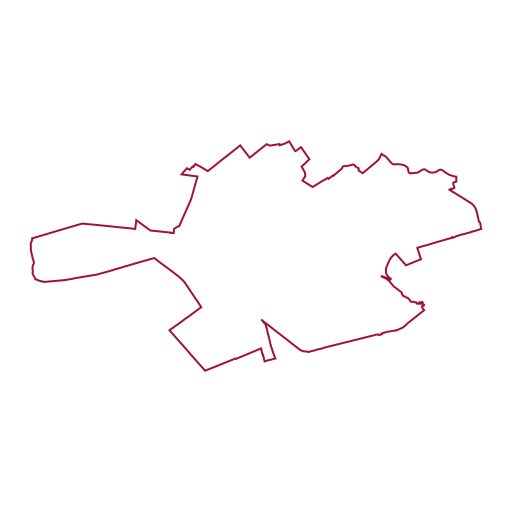 Ploiesti, Prahova, Romania
{"feature_id": "2599482B50570705182047", "entity_name": "Ploiesti", "entity_type": "district", "adm_level": 2, "iso_a3": "ROU", "parent_name": "Romania", "parent_adm1": "Prahova", "projection": "equal_earth", "projection_center": [26.026, 44.932], "detail": "fine", "context": "isolated", "style": "outline", "palette": "rose", "viewbox_px": 512, "rotation_deg": 0, "n_neighbors": 0, "source": "geoboundaries", "source_scale": "gbopen_adm2", "svg_char_len": 5850}
<svg xmlns="http://www.w3.org/2000/svg" viewBox="0 0 512 512"><path d="M205.1,370.7L235.5,358.5L235.8,359.0L261.1,348.4L261.5,350.2L261.7,350.9L261.6,351.3L262.8,355.1L263.1,355.0L264.6,361.4L268.0,360.3L269.8,359.9L270.6,359.8L274.6,358.6L275.4,358.5L273.4,353.5L272.3,350.1L272.1,349.6L271.9,348.7L271.6,347.9L271.3,347.3L270.4,343.9L268.9,337.3L268.2,334.8L265.9,325.3L265.6,324.5L265.2,324.0L263.3,321.9L261.7,319.8L261.5,319.4L261.9,319.9L263.1,321.1L265.1,322.7L266.6,323.9L271.1,327.3L273.7,329.4L274.3,329.9L280.6,334.7L293.9,345.1L300.3,350.0L302.8,351.2L305.4,351.5L307.1,351.5L308.1,352.0L308.9,351.9L310.3,351.4L314.7,350.4L315.2,350.2L317.5,349.5L318.8,349.2L320.0,349.0L321.3,348.7L322.2,348.4L323.8,347.8L325.3,347.4L377.8,334.3L378.7,335.1L381.7,334.3L381.5,333.5L385.2,332.4L388.5,331.6L393.9,330.7L396.3,330.2L396.4,330.5L403.1,327.4L405.7,325.2L406.5,324.5L406.9,324.0L407.2,323.7L412.4,319.5L413.5,318.7L421.3,312.4L424.2,310.1L423.6,309.5L422.8,308.5L422.2,307.3L421.9,306.6L421.9,306.4L422.0,306.2L422.2,305.9L422.5,305.8L423.0,305.8L423.8,305.6L424.0,305.3L424.1,304.9L423.6,304.4L422.6,303.8L422.5,303.0L422.7,302.6L422.1,301.9L421.9,301.8L421.7,302.0L422.0,302.5L421.8,302.9L421.7,303.3L421.2,303.6L421.0,303.8L420.7,303.7L420.5,303.4L419.9,303.0L419.9,302.4L419.6,302.3L419.5,302.5L419.7,303.2L419.7,303.6L418.8,303.7L418.7,303.4L418.5,303.7L418.3,303.8L417.6,303.4L417.2,303.5L416.8,303.6L416.6,303.2L416.6,302.9L416.3,302.5L416.2,302.4L415.6,302.3L415.2,302.2L414.9,302.3L414.6,302.3L414.2,302.1L413.6,301.9L413.4,301.7L412.5,301.8L411.3,301.8L411.0,301.7L410.5,301.3L409.8,300.1L409.0,299.4L408.6,299.0L408.4,298.5L408.2,298.2L407.7,297.9L406.3,297.4L405.8,297.3L405.1,296.6L404.8,296.5L403.6,296.2L403.2,295.9L402.8,295.4L402.6,294.9L402.1,294.4L402.0,294.1L401.9,293.7L401.9,293.2L401.6,292.5L399.3,290.6L398.7,290.4L398.4,289.9L393.8,286.5L393.2,285.8L389.9,281.9L388.9,280.8L388.3,280.3L386.2,278.7L384.2,277.7L381.8,276.7L381.8,276.3L381.9,276.1L384.4,277.1L390.5,279.5L390.8,278.8L390.0,278.3L388.9,277.3L388.0,276.4L387.1,275.2L386.5,274.1L386.2,273.1L386.0,272.0L385.9,271.1L386.0,269.0L386.1,268.4L386.3,267.6L386.9,266.1L388.4,262.5L389.4,260.4L390.2,259.0L391.1,257.7L391.9,256.7L392.5,256.0L394.2,254.6L395.7,253.6L406.0,265.3L412.9,262.5L421.0,259.2L417.3,248.0L417.3,247.8L417.6,247.6L418.6,247.5L422.6,246.2L427.0,245.1L434.1,242.9L450.9,238.1L452.1,237.3L452.2,237.9L454.2,237.3L456.3,236.2L457.3,235.9L457.6,235.9L460.4,234.8L462.2,234.4L462.2,234.5L469.4,232.6L471.0,232.0L478.3,229.9L479.0,229.6L480.1,229.2L481.3,228.9L481.0,227.8L480.5,225.1L480.5,224.8L480.4,223.8L480.3,223.3L480.1,222.6L479.8,222.3L479.6,222.3L479.2,222.0L479.0,221.9L476.9,212.4L476.0,209.5L475.3,208.0L474.2,206.2L473.2,205.0L472.2,204.0L471.2,203.3L461.1,196.9L453.7,192.4L451.6,191.1L449.5,189.8L450.7,188.9L451.0,189.4L454.4,187.9L454.0,186.4L453.3,184.4L453.2,184.0L453.2,183.6L453.4,183.0L454.0,182.5L453.9,182.4L455.9,181.7L456.3,181.6L456.3,176.7L453.6,176.2L451.6,175.6L449.4,174.9L444.4,171.8L443.7,171.1L442.1,170.1L441.4,169.9L440.3,169.7L439.4,169.9L439.0,170.0L437.1,171.4L435.9,172.0L433.1,172.6L432.5,172.6L430.9,172.5L429.7,172.3L428.9,171.9L427.0,170.8L425.3,169.6L424.8,169.3L424.0,169.3L423.0,169.5L422.1,169.8L420.8,170.6L420.0,171.3L418.2,172.3L417.5,172.7L416.4,172.8L415.6,172.8L413.0,173.1L411.3,173.2L410.6,173.4L409.9,173.2L409.4,173.0L408.7,172.3L408.5,171.7L408.3,170.9L408.2,170.0L407.8,168.1L407.1,167.3L406.2,166.5L404.5,165.4L403.0,164.9L400.4,164.4L399.2,164.3L398.1,164.2L396.5,164.2L395.0,164.4L393.5,164.2L392.8,164.1L391.7,163.3L390.4,162.0L387.2,158.1L386.1,156.9L384.9,156.0L383.0,155.1L382.5,154.8L382.3,154.2L381.6,153.9L379.5,158.0L379.0,158.9L378.2,160.0L376.8,161.4L375.8,162.2L362.7,173.2L360.9,172.0L358.7,170.7L358.6,170.1L358.7,168.4L358.4,168.0L357.1,167.5L356.5,167.1L355.7,166.6L354.2,164.9L353.5,164.6L352.7,164.5L351.6,164.8L349.2,165.6L347.6,165.9L345.7,166.1L343.5,166.2L343.1,166.3L342.4,167.2L342.2,167.7L342.2,168.0L342.0,168.4L339.2,170.9L336.8,172.8L333.6,175.7L333.1,175.3L328.5,178.9L328.0,178.3L327.7,177.9L325.9,179.0L322.0,181.2L312.7,187.0L306.2,183.0L302.7,180.8L302.5,180.7L304.2,177.6L304.6,177.4L305.0,176.5L305.3,175.7L305.2,174.3L304.9,172.4L301.6,166.6L303.8,164.6L309.4,159.2L301.0,147.2L296.4,150.5L295.2,151.1L294.0,149.4L289.2,141.3L286.0,143.0L284.2,143.8L279.8,145.3L279.5,144.1L269.8,145.6L266.6,144.2L249.7,157.7L240.2,145.4L230.8,152.9L219.0,162.1L213.7,166.5L212.2,167.6L207.8,171.1L201.1,167.1L195.4,164.0L193.6,166.6L193.4,166.9L192.6,166.5L189.7,169.8L187.0,168.2L183.1,172.5L181.6,174.4L197.5,176.5L191.9,196.4L190.8,199.9L189.2,203.6L182.6,218.4L179.2,226.2L178.7,226.1L174.1,228.8L173.9,230.1L173.7,233.1L170.6,232.8L170.6,232.6L150.4,230.5L136.3,220.2L135.2,229.0L133.7,228.8L133.5,228.7L117.8,227.1L95.1,224.8L84.6,223.8L83.5,223.7L82.4,223.7L81.9,223.7L80.5,224.1L73.9,226.0L67.1,228.0L60.6,229.9L32.1,238.4L32.2,238.9L32.1,240.3L31.3,241.7L31.1,242.8L30.8,243.7L30.7,244.1L30.7,245.0L30.9,246.2L30.8,248.0L30.8,248.6L30.9,249.6L31.1,250.3L31.1,251.4L31.6,253.5L32.2,255.8L32.5,257.7L32.7,258.4L33.0,259.1L33.3,260.2L33.7,261.5L33.9,262.5L33.8,263.4L33.6,264.1L33.4,264.6L33.3,264.8L33.0,265.0L32.9,265.1L32.8,265.4L32.5,268.1L32.8,270.9L32.6,273.1L32.6,273.6L33.0,274.6L33.4,275.3L34.0,276.4L35.4,278.7L35.2,278.7L35.3,279.2L41.0,281.3L42.6,281.4L42.9,281.6L43.0,281.8L45.9,281.8L51.3,281.3L60.5,280.5L64.7,280.1L69.5,279.3L72.8,278.7L73.5,278.6L75.0,278.2L96.7,274.6L110.2,270.9L115.3,269.3L138.5,262.5L151.5,258.8L154.4,258.1L158.8,261.6L170.7,270.4L179.0,276.8L182.4,279.9L183.0,280.5L184.5,282.2L185.0,282.9L186.7,285.4L194.8,297.5L197.2,300.9L201.2,307.2L191.9,314.0L189.1,316.2L187.1,317.5L185.1,318.9L179.9,322.8L169.5,330.2L179.6,341.8L184.6,347.3L191.2,355.0L205.1,370.7Z" fill="none" stroke="#9f1239" stroke-width="2"/></svg>